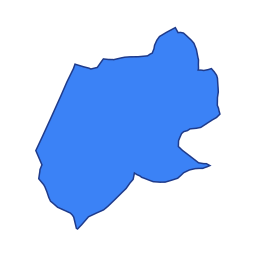 the district of Al-Shirqat, Sala ad-Din, Iraq, rotated 349°
{"feature_id": "34846034B7804505829075", "entity_name": "Al-Shirqat", "entity_type": "district", "adm_level": 2, "iso_a3": "IRQ", "parent_name": "Iraq", "parent_adm1": "Sala ad-Din", "projection": "robinson", "projection_center": [43.229, 35.472], "detail": "fine", "context": "isolated", "style": "filled", "palette": "blue", "viewbox_px": 256, "rotation_deg": 349, "n_neighbors": 0, "source": "geoboundaries", "source_scale": "gbopen_adm2", "svg_char_len": 1648}
<svg xmlns="http://www.w3.org/2000/svg" viewBox="0 0 256 256"><g transform="rotate(349 128 128)"><path d="M59.2,217.5L64.3,213.9L72.3,207.6L81.0,205.4L88.4,203.7L93.2,201.1L100.3,196.5L109.7,190.2L114.6,187.0L119.5,182.3L123.2,179.4L124.1,177.3L125.7,173.4L127.9,175.5L130.4,177.2L132.1,179.1L133.7,180.0L138.9,183.3L142.5,185.5L149.2,187.3L154.2,188.2L160.5,187.6L167.2,186.8L170.7,184.7L174.1,182.5L180.3,180.9L186.1,180.7L190.0,181.2L193.7,181.9L195.7,181.5L198.1,181.2L201.2,180.5L198.2,178.0L195.4,177.4L190.6,175.6L185.8,170.1L177.2,160.4L173.9,155.8L175.2,150.1L177.0,147.3L179.5,143.7L182.0,142.2L185.8,141.9L188.8,140.7L194.9,141.3L199.5,141.3L202.5,140.1L207.1,138.2L212.4,136.1L216.9,134.6L220.9,131.9L220.6,128.1L220.6,125.8L220.0,122.8L220.9,118.6L221.6,115.2L223.5,109.9L224.1,105.7L224.4,103.1L225.3,96.2L225.0,93.2L223.4,89.4L221.2,85.6L217.7,86.0L214.0,86.0L213.3,86.0L211.1,85.2L207.9,84.5L208.6,82.9L209.2,79.1L210.2,74.6L210.1,72.3L210.1,67.4L210.1,64.0L208.9,57.5L207.0,54.1L202.9,48.4L200.6,45.4L197.8,44.2L195.3,43.9L193.6,38.5L190.6,39.4L183.8,41.5L179.7,43.0L176.4,44.2L173.1,47.3L169.9,51.8L168.6,55.2L166.1,59.1L163.8,59.7L161.0,60.9L157.7,60.6L151.7,60.0L143.3,58.5L138.3,57.9L134.7,57.9L126.9,58.2L126.1,57.9L121.8,57.0L117.0,55.5L115.0,57.3L109.4,62.7L102.8,63.0L101.1,61.8L96.0,59.4L89.2,55.8L88.2,55.2L85.7,59.4L77.0,70.9L68.2,83.7L53.0,105.2L42.1,120.4L33.2,132.6L36.5,147.7L33.7,152.0L33.2,153.8L32.2,156.5L30.7,160.8L34.4,167.5L35.2,169.9L36.2,175.0L37.0,181.1L38.0,185.1L39.5,186.9L43.8,192.4L55.2,200.5L56.7,202.7L57.7,205.1L58.2,216.6L59.2,217.5Z" fill="#3b82f6" stroke="#1e3a8a" stroke-width="1.5"/></g></svg>